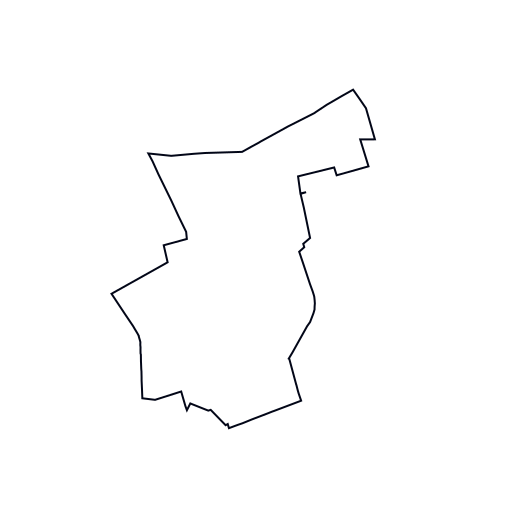 San Antonino Castillo Velasco, Oaxaca, Mexico, rotated 56°
{"feature_id": "50627088B75205486816607", "entity_name": "San Antonino Castillo Velasco", "entity_type": "district", "adm_level": 2, "iso_a3": "MEX", "parent_name": "Mexico", "parent_adm1": "Oaxaca", "projection": "albers", "projection_center": [-96.688, 16.817], "detail": "fine", "context": "isolated", "style": "outline", "palette": "ink", "viewbox_px": 512, "rotation_deg": 56, "n_neighbors": 0, "source": "geoboundaries", "source_scale": "gbopen_adm2", "svg_char_len": 1587}
<svg xmlns="http://www.w3.org/2000/svg" viewBox="0 0 512 512"><g transform="rotate(56 256 256)"><path d="M172.4,82.5L171.4,95.0L170.2,112.8L170.1,126.7L170.2,127.4L166.5,157.0L163.8,187.0L163.7,187.9L163.6,190.4L162.8,198.6L161.9,209.3L142.2,240.5L136.5,250.4L125.6,270.2L110.8,287.9L119.6,288.8L133.7,291.2L162.5,295.2L179.7,298.0L196.9,300.4L203.2,303.8L195.5,326.5L211.8,332.8L206.5,396.9L231.1,397.1L245.5,397.1L248.4,397.3L250.6,397.4L254.2,397.6L256.9,397.9L257.2,398.2L260.4,399.2L262.7,400.0L265.1,401.7L266.6,402.5L267.6,403.1L268.7,403.9L272.2,406.2L273.4,406.6L276.6,408.7L279.5,410.6L280.2,411.0L285.5,414.3L287.8,415.6L291.2,417.8L292.3,418.5L295.3,420.5L303.0,425.2L310.4,429.8L318.8,420.1L326.5,393.8L341.1,398.5L345.2,399.5L341.5,392.9L343.6,391.5L348.3,388.3L354.9,383.8L357.5,382.0L358.2,379.6L379.3,375.8L379.5,373.4L383.6,374.7L385.3,367.6L385.4,367.3L385.8,365.6L387.1,360.8L388.0,356.5L389.1,351.2L389.9,347.7L390.2,346.5L392.6,336.1L393.2,333.5L393.3,333.1L393.4,332.5L394.2,328.9L394.4,328.3L400.7,301.7L401.2,299.5L400.5,299.3L393.8,297.5L390.7,296.5L385.4,294.6L385.1,294.6L384.9,294.5L360.1,286.0L359.9,286.1L359.6,286.1L359.4,286.2L356.4,279.8L342.8,252.9L341.0,248.1L335.6,240.4L333.1,237.4L330.7,235.7L328.2,233.7L326.6,232.8L325.6,232.2L322.4,230.5L321.0,230.0L317.0,228.8L309.3,226.9L287.9,220.9L276.6,217.8L275.7,211.1L272.3,210.0L271.3,201.1L242.6,189.3L229.4,184.3L231.1,178.8L229.0,184.2L213.5,176.6L226.3,141.7L234.2,144.0L244.6,112.6L217.6,104.4L225.8,92.2L195.0,82.2L182.5,82.3L172.4,82.5Z" fill="none" stroke="#020617" stroke-width="2"/></g></svg>